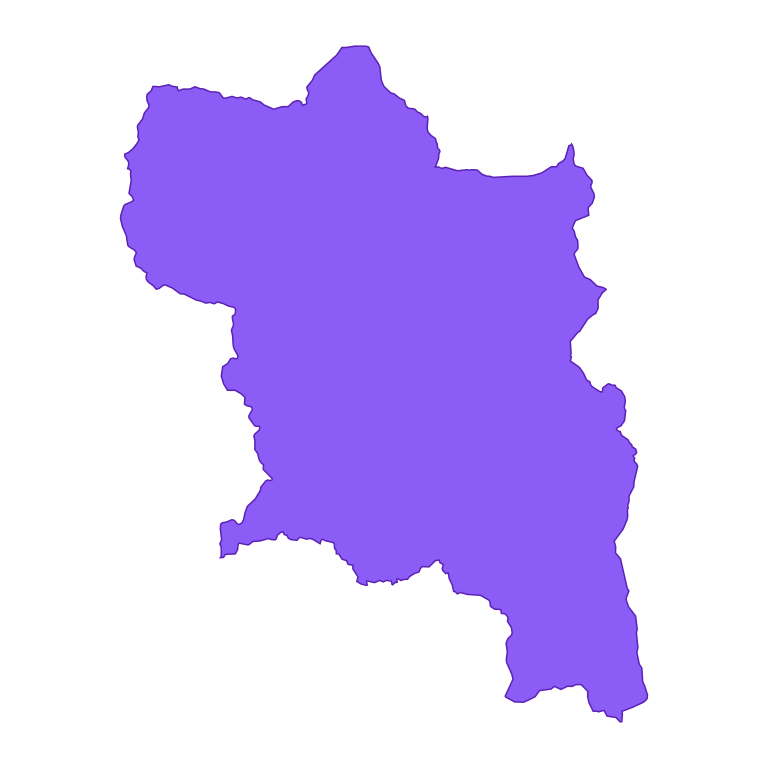 outline of Quilanga, Loja, Ecuador
{"feature_id": "8360857B88871237564279", "entity_name": "Quilanga", "entity_type": "district", "adm_level": 2, "iso_a3": "ECU", "parent_name": "Ecuador", "parent_adm1": "Loja", "projection": "albers", "projection_center": [-79.384, -4.352], "detail": "fine", "context": "isolated", "style": "filled", "palette": "violet", "viewbox_px": 768, "rotation_deg": 0, "n_neighbors": 0, "source": "geoboundaries", "source_scale": "gbopen_adm2", "svg_char_len": 6083}
<svg xmlns="http://www.w3.org/2000/svg" viewBox="0 0 768 768"><path d="M220.4,557.7L223.5,557.4L225.2,554.7L226.2,554.3L235.3,553.9L237.5,549.8L238.2,544.5L238.9,543.1L247.7,544.9L249.1,544.5L252.9,541.5L260.1,540.9L268.7,538.5L270.6,539.4L274.6,539.9L276.1,539.2L277.5,534.9L280.7,532.5L282.6,531.9L283.3,532.0L284.2,534.6L286.9,535.3L288.5,538.4L291.1,539.6L297.0,540.3L299.1,537.8L300.6,537.4L306.6,539.2L309.6,538.5L312.1,538.9L320.1,543.7L321.0,540.4L322.4,539.2L325.6,540.8L333.0,542.5L334.3,543.9L334.5,548.1L336.3,550.8L336.3,553.8L338.6,553.9L342.1,559.2L346.6,560.7L348.0,564.3L352.9,565.3L352.9,568.9L358.0,577.0L356.8,581.4L361.3,584.1L366.7,585.4L367.4,584.9L366.6,582.6L366.9,580.9L374.4,582.6L379.8,580.4L383.2,581.9L386.4,580.4L391.3,581.1L392.0,584.5L392.7,584.8L394.8,582.7L397.2,582.2L396.8,578.9L397.8,578.8L401.0,580.5L404.1,579.4L407.6,579.3L408.9,577.2L411.2,575.5L414.8,573.3L418.9,572.0L420.7,568.0L422.3,566.6L429.0,566.9L435.5,560.6L439.1,560.0L440.0,562.8L443.3,564.4L442.2,568.6L443.0,570.8L445.8,573.6L448.2,572.9L449.3,578.9L452.2,584.8L453.7,591.5L455.3,591.7L457.3,593.9L460.2,592.5L467.3,594.4L480.4,595.3L488.9,600.1L490.0,602.2L490.4,606.0L491.5,607.2L494.7,609.2L500.2,609.4L500.9,610.3L501.4,613.4L505.2,613.9L508.0,617.2L507.5,621.5L511.3,627.3L512.2,632.8L511.6,634.9L507.7,639.0L506.1,643.2L507.3,652.0L506.3,659.5L506.5,662.2L511.8,674.2L513.0,679.2L505.2,696.1L505.6,697.0L514.6,701.9L523.8,702.2L534.9,696.9L539.6,690.6L551.2,689.0L554.3,686.4L561.0,689.4L567.4,686.3L572.4,686.4L575.3,684.8L579.5,684.5L581.7,685.0L587.7,691.3L587.7,697.1L589.0,702.7L593.2,711.3L596.4,711.1L598.6,711.8L604.0,710.4L607.1,716.1L616.0,717.5L620.1,721.9L621.8,721.7L622.4,714.2L622.1,711.3L633.2,707.0L643.8,702.0L646.5,699.5L647.2,698.3L647.5,694.9L644.5,685.5L642.7,681.7L641.8,668.0L639.3,664.3L636.8,652.5L637.9,647.7L636.4,632.7L637.2,629.2L635.6,616.1L628.6,606.9L626.4,600.6L626.1,598.3L628.9,591.0L627.2,588.2L620.5,558.8L615.5,552.9L615.7,546.9L614.2,541.2L623.1,529.1L627.0,519.9L627.7,516.3L627.4,510.2L628.2,507.8L627.7,505.5L629.0,501.4L629.1,495.9L633.7,486.9L634.1,481.4L637.7,466.2L636.7,464.0L633.9,461.0L634.7,458.4L633.2,456.2L633.3,455.3L635.2,454.5L636.7,452.4L635.7,449.1L632.1,446.6L631.7,444.7L629.7,442.9L627.9,439.7L621.6,435.4L620.1,431.4L619.1,431.5L616.4,429.6L617.2,427.7L620.9,425.9L624.5,420.8L625.7,410.6L624.5,408.7L624.3,407.0L625.3,401.9L624.7,396.6L621.3,390.8L616.4,387.9L614.8,385.1L612.3,385.3L609.1,383.8L607.9,384.0L602.8,387.9L602.3,392.0L600.0,391.7L592.6,387.0L590.9,385.3L589.6,381.3L588.0,381.2L586.2,379.1L583.6,373.4L579.4,367.4L570.4,360.9L571.4,356.9L570.4,355.9L571.1,353.4L570.3,341.4L577.6,332.6L579.6,331.4L587.6,319.2L592.8,314.9L595.7,313.5L598.2,308.0L598.0,299.9L602.2,293.0L606.2,289.4L603.6,287.7L596.9,286.0L590.4,279.7L584.5,277.1L578.8,267.0L574.2,254.5L574.7,252.6L577.8,248.9L578.0,245.7L577.6,240.4L575.4,236.4L574.1,230.9L572.3,228.4L573.0,226.1L575.5,220.6L588.8,215.2L588.1,208.8L588.5,207.2L592.1,203.5L594.4,197.0L593.9,193.6L590.8,187.3L590.8,185.7L592.1,182.5L591.9,180.3L587.1,175.3L583.1,168.3L575.6,166.0L574.0,163.6L573.2,158.5L574.1,155.1L573.9,151.4L572.9,146.3L571.5,144.0L570.9,145.0L568.9,145.7L565.2,158.4L563.1,160.8L558.5,163.6L556.5,166.9L551.4,166.7L541.8,172.9L532.9,175.6L526.3,176.3L511.9,176.3L493.2,177.4L490.1,176.3L487.1,176.2L482.2,174.4L477.2,170.0L471.5,169.7L469.8,170.2L466.8,169.7L457.6,170.8L445.6,167.3L441.7,168.4L438.2,166.9L435.4,167.2L438.6,158.3L438.8,154.4L439.9,151.6L439.6,150.2L437.4,147.7L437.3,143.9L436.2,141.9L435.5,138.6L430.8,135.3L427.7,131.5L427.2,128.0L427.9,118.1L427.4,116.3L425.5,117.0L423.5,116.2L420.8,113.5L417.2,111.8L415.3,109.5L413.7,108.8L408.2,108.2L405.8,105.7L404.4,100.4L399.5,98.1L394.5,94.1L390.4,92.6L385.0,87.5L383.4,85.5L381.3,80.0L379.8,66.8L378.1,63.2L371.0,52.6L368.7,47.0L366.0,46.2L355.0,46.1L346.2,47.5L341.9,47.5L336.7,55.1L314.9,74.8L312.2,80.5L306.8,87.1L307.2,89.6L308.8,92.6L308.1,95.6L306.1,99.0L306.8,103.0L306.2,104.1L302.6,105.1L301.1,102.0L299.2,100.9L296.6,100.6L292.8,102.3L288.2,106.6L282.0,106.7L273.8,109.2L264.0,105.0L260.4,101.9L252.7,99.8L250.1,97.9L248.8,97.6L245.9,99.1L241.0,97.1L237.0,98.0L232.0,96.4L225.8,98.1L223.3,98.0L219.4,92.8L216.1,92.0L210.5,91.9L203.7,89.0L200.1,88.7L195.1,86.7L189.9,89.1L183.1,89.1L178.7,90.7L177.6,89.3L177.2,87.0L172.2,86.3L168.9,84.7L159.4,86.8L153.0,86.4L151.0,91.1L147.4,94.0L146.7,96.4L147.0,100.6L148.9,104.8L148.7,107.5L144.3,113.1L142.5,119.0L137.7,125.3L137.4,127.3L138.4,132.7L137.8,136.3L138.9,140.1L136.9,143.7L132.3,149.4L128.3,152.6L124.9,154.0L124.6,155.1L125.2,157.4L128.5,161.7L128.7,164.8L127.6,168.7L129.5,169.3L130.9,170.8L130.5,173.5L131.2,180.8L129.0,193.4L132.2,196.6L133.6,200.0L131.8,201.7L124.9,204.6L123.8,205.9L120.9,214.9L120.5,218.6L122.4,226.5L126.3,235.5L127.8,245.3L129.5,247.1L134.4,250.0L136.4,252.7L134.5,257.1L134.1,259.8L136.2,266.1L140.7,268.1L144.3,271.7L146.9,272.7L146.1,276.7L146.4,279.6L148.6,282.3L153.3,285.7L156.2,289.2L159.0,288.5L163.3,285.3L165.1,284.9L172.5,288.1L180.2,293.8L184.0,294.0L196.1,300.0L201.9,301.4L205.7,303.1L209.9,302.4L214.2,303.8L217.6,302.0L223.3,303.6L228.6,306.1L233.8,307.2L235.0,308.4L235.6,309.4L235.3,313.1L234.8,314.5L232.5,316.0L232.3,317.8L233.6,324.7L231.4,330.2L232.6,335.7L233.2,345.4L234.1,348.9L237.8,355.5L237.9,357.7L236.4,358.9L233.1,358.1L230.5,358.8L227.8,363.5L222.7,366.7L221.3,376.1L223.7,384.0L227.5,390.3L235.0,390.3L241.2,393.8L245.0,397.4L244.4,404.1L246.7,405.7L250.8,406.6L252.1,408.1L252.2,409.9L248.8,415.9L249.0,417.9L254.5,425.6L256.0,426.3L259.0,426.1L259.8,427.5L259.2,430.1L254.6,434.3L253.9,435.9L254.9,440.9L254.8,449.4L257.6,453.5L259.2,459.8L260.5,462.1L263.5,465.0L263.2,469.4L272.2,478.6L272.1,479.7L271.0,480.5L267.5,480.1L265.7,481.0L260.8,487.2L260.5,490.1L255.2,499.0L247.4,506.3L245.1,512.5L243.5,519.8L241.9,523.0L238.9,524.5L237.8,524.2L234.2,520.3L231.8,519.7L226.9,521.9L222.2,522.8L220.7,524.1L220.3,528.9L221.6,539.8L219.8,544.0L221.1,546.5L221.3,550.3L221.2,556.4L220.4,557.7Z" fill="#8b5cf6" stroke="#5b21b6" stroke-width="1.5"/></svg>